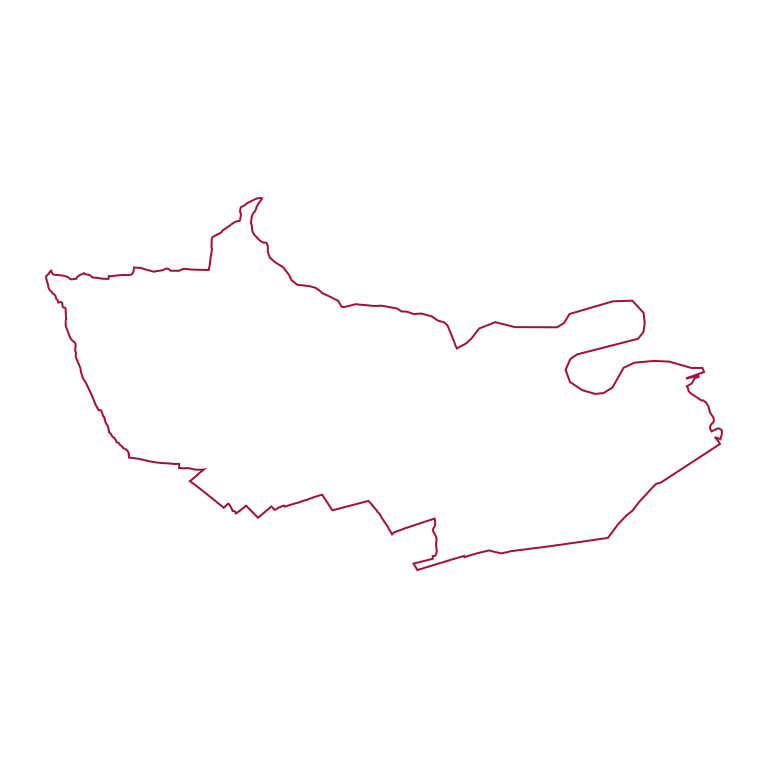 Sibot, Alba, Romania (Robinson projection)
{"feature_id": "2599482B82824801071491", "entity_name": "Sibot", "entity_type": "district", "adm_level": 2, "iso_a3": "ROU", "parent_name": "Romania", "parent_adm1": "Alba", "projection": "robinson", "projection_center": [23.303, 45.942], "detail": "fine", "context": "isolated", "style": "outline", "palette": "rose", "viewbox_px": 768, "rotation_deg": 0, "n_neighbors": 0, "source": "geoboundaries", "source_scale": "gbopen_adm2", "svg_char_len": 6007}
<svg xmlns="http://www.w3.org/2000/svg" viewBox="0 0 768 768"><path d="M702.4,367.9L691.7,368.0L669.1,361.6L653.8,360.9L634.4,362.7L623.6,367.8L612.4,387.6L603.5,393.1L595.2,393.9L582.3,390.2L570.0,382.0L565.6,369.8L570.3,359.0L577.1,354.4L638.0,338.8L643.4,332.0L644.7,323.4L643.6,312.9L632.4,300.7L612.9,301.3L569.5,314.0L564.0,323.1L556.9,327.3L515.0,327.1L495.3,322.2L479.1,328.5L471.4,338.6L466.0,343.5L456.9,348.4L455.7,346.2L454.2,341.9L451.2,334.5L448.1,326.7L447.6,326.3L447.4,325.2L444.2,322.4L437.9,320.6L431.6,316.3L421.0,313.5L414.0,314.1L407.0,311.7L401.4,311.4L397.3,308.6L381.9,305.7L374.2,306.0L355.7,304.2L344.0,307.1L341.8,306.8L338.1,300.8L328.8,296.1L322.1,293.0L319.4,290.5L315.6,287.9L309.3,286.1L297.4,284.8L291.4,280.0L289.2,275.2L283.2,267.3L275.0,262.2L269.8,257.6L267.8,252.0L267.8,245.8L266.3,242.6L263.4,242.7L259.9,240.6L254.2,234.6L252.3,231.3L251.8,225.7L250.9,222.8L251.8,216.5L252.9,213.7L255.0,211.2L256.0,209.1L256.5,207.1L258.8,203.0L261.3,199.9L261.9,198.2L259.0,198.0L256.1,198.8L250.6,201.4L246.5,203.6L244.9,205.2L241.0,207.1L240.4,208.6L240.1,211.2L240.2,212.4L240.9,213.5L240.8,215.6L240.2,219.7L239.6,220.8L235.9,221.6L233.1,223.1L229.2,226.0L222.4,230.6L221.4,232.2L221.0,232.7L218.5,233.8L212.9,236.9L212.0,238.0L211.7,239.1L211.5,247.2L212.0,249.1L210.7,257.0L209.5,266.4L208.7,270.0L191.6,269.6L186.1,268.9L183.0,269.0L178.8,270.8L170.7,270.7L169.8,270.1L168.6,269.0L166.4,268.5L162.7,270.2L155.9,271.3L153.9,271.7L146.4,269.7L140.4,267.9L133.9,267.5L133.6,271.0L133.0,272.6L132.0,274.1L129.7,275.1L122.5,275.0L116.6,275.5L111.9,276.1L108.9,276.1L108.4,278.9L104.3,278.8L101.4,278.6L97.4,277.8L92.5,277.5L89.6,275.0L85.1,274.2L84.2,273.2L80.9,274.5L77.8,276.4L76.9,277.5L76.4,278.7L71.7,279.4L71.3,279.4L70.2,279.0L67.4,276.8L62.6,275.5L53.7,274.7L53.1,274.3L52.4,273.5L51.5,272.2L51.3,270.7L50.6,271.0L49.9,271.7L49.3,272.5L48.8,273.8L46.3,275.9L46.1,277.4L46.4,279.1L47.1,281.9L48.1,284.8L48.3,286.7L48.6,287.8L49.1,289.0L49.3,289.5L50.7,290.8L51.3,291.5L52.4,293.1L54.8,294.9L55.3,295.5L55.5,296.2L55.8,296.9L55.9,297.8L56.3,298.9L56.9,299.4L57.5,299.9L57.8,300.4L57.8,301.5L58.4,302.6L59.5,302.3L60.3,302.0L60.8,302.0L61.5,302.5L62.0,302.7L62.3,303.2L62.4,304.2L62.4,305.3L62.6,306.4L62.7,306.8L63.2,307.2L63.7,307.5L64.2,307.6L65.1,307.8L65.5,308.5L65.6,308.9L65.7,311.9L66.0,317.7L66.1,318.9L65.9,319.9L65.7,320.7L65.7,321.7L65.6,324.6L65.7,325.5L66.0,326.6L67.5,330.6L69.6,336.2L70.8,338.9L71.3,339.5L72.6,340.7L73.8,341.6L74.4,342.2L75.1,343.1L75.5,343.8L75.6,344.5L75.5,346.8L75.2,349.2L75.1,350.2L75.2,350.8L75.7,352.0L76.0,352.8L76.0,353.4L75.6,355.9L75.8,356.9L76.1,357.8L76.8,359.6L77.6,361.1L77.8,362.7L78.7,363.7L80.6,369.0L80.9,371.8L82.6,377.4L84.0,380.0L86.0,383.0L91.6,394.8L95.7,405.0L96.8,406.7L97.9,409.1L98.2,409.7L98.4,409.8L98.7,410.2L99.1,410.3L100.5,410.2L101.0,410.4L101.3,410.7L101.4,411.2L101.4,411.5L101.7,411.9L101.9,412.2L103.1,416.1L103.4,416.5L104.3,417.1L104.6,417.6L104.4,418.7L104.5,419.1L105.0,419.6L105.1,420.4L105.2,421.2L106.0,423.3L106.3,423.7L107.3,425.2L107.8,425.8L107.9,427.0L108.6,428.5L108.7,429.0L108.6,429.8L109.0,431.3L109.1,432.2L109.7,432.7L110.9,434.0L111.3,434.7L112.2,436.3L113.1,437.2L114.3,437.8L114.6,438.2L114.7,438.8L115.0,439.3L115.5,439.7L115.8,440.2L116.0,441.0L116.3,441.6L116.5,441.9L117.0,442.4L117.6,442.6L118.2,442.8L118.6,443.0L119.1,443.4L119.7,444.6L119.9,444.8L121.1,445.6L122.0,446.4L122.6,447.0L123.1,448.0L125.3,449.0L127.2,450.5L127.6,451.0L128.5,452.5L129.0,454.2L129.0,454.7L128.7,454.7L129.1,457.6L131.7,457.8L138.5,458.8L145.3,460.3L148.5,461.1L152.4,461.8L157.4,462.6L161.9,463.0L171.5,463.6L174.5,464.0L179.1,463.9L179.1,468.0L180.6,468.0L182.6,468.3L187.5,468.1L189.3,468.3L193.0,469.2L197.0,469.7L201.5,469.8L203.8,469.5L199.1,473.3L196.6,475.7L192.7,478.8L192.0,479.7L189.9,481.1L195.1,484.9L202.2,490.4L215.1,500.7L220.3,505.0L223.8,507.8L227.1,504.5L228.0,503.8L228.3,503.7L228.6,503.7L230.4,506.1L230.8,507.1L231.5,508.2L231.8,509.0L232.2,509.9L232.4,510.7L232.5,510.9L232.7,511.0L233.8,511.0L234.8,511.4L235.1,511.7L235.8,512.6L236.0,512.9L235.9,513.2L236.9,512.9L242.7,508.5L246.1,505.7L256.6,516.3L258.0,517.8L266.7,510.4L271.5,506.5L274.7,509.9L276.8,508.8L278.4,507.8L279.2,507.4L280.6,506.9L282.3,506.1L284.1,505.6L284.8,506.6L286.1,506.2L295.5,503.3L297.3,502.9L299.0,502.4L302.3,501.1L307.5,499.6L310.7,498.3L311.7,498.1L312.2,497.8L314.7,496.9L315.9,496.6L317.2,496.1L321.5,494.9L322.2,494.7L323.0,496.0L329.6,506.1L332.5,510.3L368.4,500.9L369.8,502.3L373.6,506.8L374.8,508.3L375.6,509.2L376.9,510.5L377.2,511.5L377.3,511.8L378.2,512.5L378.7,512.9L379.4,513.7L380.7,515.9L381.2,516.7L381.7,518.0L382.4,518.7L383.7,520.7L384.6,522.2L385.1,522.9L385.5,523.4L387.8,526.8L388.3,527.8L388.4,528.3L389.3,529.8L390.4,531.3L391.0,532.4L391.4,533.1L391.7,534.0L391.8,534.4L392.0,534.5L392.3,534.4L392.4,534.1L393.2,533.0L394.2,532.3L401.1,529.8L404.5,528.5L404.9,528.2L405.5,528.1L407.8,527.4L424.3,521.9L434.6,518.6L434.9,519.6L435.1,521.9L435.1,524.9L434.9,525.7L434.6,526.4L433.7,527.8L433.6,528.2L433.1,529.1L432.8,529.9L433.0,530.8L435.7,535.9L436.1,536.8L436.6,538.8L436.6,539.3L436.3,541.2L436.0,544.3L436.5,549.2L436.8,551.0L436.5,552.8L436.0,554.1L435.3,555.7L432.8,556.1L432.7,558.8L413.5,563.6L417.4,570.0L452.5,559.3L464.1,555.9L464.4,557.2L465.0,557.1L465.4,556.9L469.5,555.5L477.5,553.2L489.0,550.4L493.8,551.7L501.6,553.4L505.0,552.5L507.1,552.3L510.2,551.3L550.8,546.1L607.9,537.9L618.1,524.2L626.4,515.5L632.5,510.6L639.2,501.9L653.0,486.9L656.2,483.8L660.8,482.6L666.6,478.8L720.0,444.0L718.7,441.9L717.4,440.2L716.2,438.5L714.7,437.3L718.0,438.2L720.4,439.3L721.9,433.9L721.9,430.5L719.8,428.7L717.8,428.4L711.5,431.4L710.0,428.3L710.4,425.4L713.9,421.5L713.5,417.6L710.0,412.6L708.4,406.3L705.9,402.4L702.8,400.2L701.6,400.6L690.3,393.0L688.5,390.8L688.2,388.6L686.8,386.3L691.5,383.6L692.6,382.2L693.8,379.8L694.8,378.2L698.7,376.9L698.3,375.5L687.1,378.5L687.0,378.0L704.1,372.0L702.4,367.9Z" fill="none" stroke="#9f1239" stroke-width="2"/></svg>